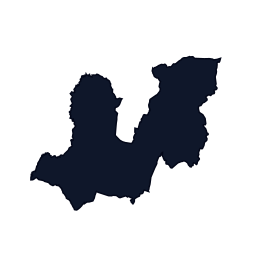 the district of Hon Quan, Bình Phước, Vietnam, rotated 17°
{"feature_id": "81297802B26799209243085", "entity_name": "Hon Quan", "entity_type": "district", "adm_level": 2, "iso_a3": "VNM", "parent_name": "Vietnam", "parent_adm1": "Bình Phước", "projection": "equal_earth", "projection_center": [106.554, 11.627], "detail": "fine", "context": "isolated", "style": "filled", "palette": "ink", "viewbox_px": 256, "rotation_deg": 17, "n_neighbors": 0, "source": "geoboundaries", "source_scale": "gbopen_adm2", "svg_char_len": 5806}
<svg xmlns="http://www.w3.org/2000/svg" viewBox="0 0 256 256"><g transform="rotate(17 128 128)"><path d="M82.5,85.7L81.4,87.1L79.7,87.3L79.3,87.7L78.2,87.9L78.7,89.6L77.3,89.7L76.0,88.9L75.5,88.0L75.3,88.2L75.3,89.5L75.1,89.6L74.5,89.2L72.9,89.4L72.1,88.6L72.2,90.0L71.7,91.5L71.3,91.4L70.7,90.5L70.4,90.9L70.2,92.3L69.9,92.2L69.5,91.5L68.9,91.5L68.7,92.6L69.1,94.9L68.3,95.0L68.2,95.2L68.3,95.7L68.9,96.5L69.0,97.0L68.1,98.5L68.0,98.9L68.8,100.9L68.6,101.2L67.5,101.2L67.9,102.2L67.7,102.7L66.8,102.2L65.9,102.5L66.1,104.2L65.1,106.8L65.5,107.4L66.3,107.7L66.0,108.6L66.6,109.3L66.3,109.9L65.9,110.1L63.6,110.0L63.2,111.4L62.8,111.9L63.4,112.5L65.4,113.7L65.7,114.5L65.7,115.1L65.0,117.1L66.4,119.1L67.7,120.4L67.5,121.8L66.5,123.8L68.3,124.2L68.4,125.0L68.0,126.5L68.5,127.9L67.3,129.6L67.6,130.3L68.5,130.3L68.6,132.1L69.4,132.4L69.6,132.8L70.0,134.5L69.7,135.4L71.2,135.5L72.4,136.1L73.1,135.6L73.2,135.9L72.6,136.9L72.7,137.4L73.1,137.6L74.0,137.3L75.2,137.9L75.3,139.8L77.4,141.4L76.2,145.0L75.7,145.2L75.7,146.4L77.1,149.2L77.5,152.8L78.6,153.5L78.6,154.5L79.1,155.6L78.5,156.3L77.8,155.8L77.2,155.8L77.0,156.6L78.0,157.6L79.1,160.5L79.7,161.0L79.9,161.8L77.7,164.2L77.4,166.8L74.9,171.2L74.4,172.9L74.0,173.3L72.2,173.4L71.6,173.7L71.3,174.2L71.5,175.6L70.4,175.4L69.3,177.0L68.8,176.5L68.0,177.3L67.3,177.1L66.6,176.1L66.2,176.0L65.5,176.4L63.5,178.5L63.2,178.5L62.8,178.4L62.4,177.0L60.8,177.0L60.3,175.7L59.5,175.7L58.8,175.2L58.4,175.3L57.9,175.6L57.3,177.0L56.9,176.8L56.8,176.1L56.4,176.2L56.2,176.9L56.3,177.9L56.1,178.2L54.7,178.0L54.7,179.7L54.0,179.0L53.7,179.2L53.8,181.6L53.3,182.1L52.9,185.1L52.1,188.0L52.5,190.1L51.9,191.3L52.1,192.7L52.0,193.5L52.3,194.5L51.9,195.4L52.3,196.7L51.0,196.8L49.2,198.5L49.3,199.0L50.0,199.8L49.9,200.1L49.1,200.4L49.2,201.4L50.6,201.6L50.4,202.2L49.5,203.1L50.3,206.0L52.1,205.3L53.4,203.9L54.3,202.4L55.0,202.1L57.8,203.4L61.3,203.0L62.9,203.0L63.8,203.4L68.0,203.3L70.2,204.6L72.8,205.0L73.5,204.7L73.7,204.2L75.6,203.0L75.9,203.1L76.3,203.7L77.4,203.6L78.5,202.8L78.6,203.5L80.1,203.9L80.9,204.8L82.0,205.0L83.4,207.0L84.0,207.5L84.8,209.0L86.4,209.7L89.0,211.9L89.5,213.0L91.0,213.6L92.5,213.5L93.1,214.3L94.1,214.5L94.5,215.4L95.1,215.7L95.7,216.8L96.5,217.2L98.6,219.5L99.6,220.2L100.7,221.7L102.6,221.5L103.4,220.9L105.2,218.3L106.5,215.7L106.8,214.4L107.5,213.6L107.8,211.9L108.1,211.8L108.6,212.9L110.3,210.8L112.5,210.0L115.7,208.0L116.2,204.8L116.0,202.2L116.3,197.8L118.1,198.2L129.2,198.4L132.1,197.6L133.3,196.7L136.6,195.9L139.9,197.0L140.8,196.9L145.6,193.5L147.8,194.1L148.9,193.0L150.3,193.7L153.0,193.9L153.1,194.5L152.9,195.0L151.8,196.1L151.7,196.6L152.3,197.0L152.8,197.9L154.0,198.1L154.2,198.9L154.9,199.1L155.4,197.6L155.5,196.2L155.0,194.6L155.1,193.5L157.2,191.1L158.7,189.9L158.8,189.5L158.7,187.5L160.5,186.7L161.2,185.8L161.4,182.9L161.8,182.6L166.3,182.7L165.7,182.0L165.6,181.5L165.8,180.3L165.5,179.1L165.4,175.4L164.2,168.3L165.2,158.3L165.8,154.7L165.9,153.5L165.5,152.3L165.4,151.3L165.7,147.1L166.0,146.2L167.1,145.4L167.5,142.1L168.2,141.3L168.6,142.5L168.7,144.2L170.5,146.0L171.1,147.1L171.8,147.4L172.3,148.2L172.7,148.3L173.4,147.8L173.9,148.1L174.6,150.6L175.1,151.2L177.0,150.9L178.6,151.7L180.3,153.4L181.7,153.4L185.8,146.8L189.0,144.3L189.5,144.2L191.1,143.0L193.0,143.1L194.9,143.8L195.7,144.4L196.5,145.5L198.8,146.9L199.8,146.7L199.7,145.8L201.1,144.8L200.7,143.0L200.9,142.1L202.3,142.1L204.0,142.9L204.5,142.2L204.2,140.0L205.3,137.0L205.1,136.4L203.3,135.1L203.4,132.6L202.7,131.3L202.6,130.3L202.8,126.6L203.3,126.2L204.5,126.3L205.2,125.9L205.7,122.4L205.3,119.2L206.2,118.1L206.8,116.9L206.9,116.3L206.6,115.0L205.7,114.2L205.0,113.0L205.4,111.9L206.5,110.9L206.4,110.3L205.9,109.8L204.7,109.6L203.9,108.0L202.5,106.1L200.1,104.6L199.2,103.7L199.1,103.2L199.2,102.8L200.9,102.3L201.1,101.1L198.9,96.3L195.6,93.4L192.3,92.5L191.2,91.8L189.7,89.1L189.2,87.3L189.5,86.1L191.2,85.1L192.0,82.2L193.5,81.0L195.3,78.5L195.3,77.7L195.0,77.1L193.4,75.9L193.3,75.1L195.5,72.6L197.6,72.7L198.4,71.0L200.3,69.8L200.3,68.7L199.2,66.8L199.5,66.3L200.9,65.6L201.5,64.5L201.4,63.7L199.4,62.3L199.2,61.7L199.3,60.1L196.7,54.4L196.3,53.1L196.4,50.5L196.1,48.3L195.1,46.2L195.3,44.5L194.7,41.5L194.2,40.2L194.2,39.3L194.7,38.7L196.0,38.3L196.2,37.4L196.1,34.3L193.2,36.3L190.3,37.7L189.5,37.8L188.9,37.4L185.6,37.9L180.8,39.5L171.3,42.0L169.6,41.0L168.7,41.0L167.0,41.8L166.0,41.7L163.4,43.7L161.1,44.4L159.7,45.5L158.6,47.6L157.2,49.1L155.1,52.4L154.1,53.2L153.0,53.3L152.5,53.9L151.7,56.2L150.7,57.3L149.5,57.4L148.2,58.4L147.3,58.4L146.4,57.1L145.1,56.3L144.3,56.4L143.5,57.1L141.3,57.5L138.7,59.7L138.1,60.9L137.5,61.1L137.1,61.7L135.7,62.6L135.2,63.5L134.5,63.8L134.2,63.6L134.5,66.4L135.4,67.4L135.7,68.2L136.0,68.3L138.2,71.0L140.8,71.7L142.1,71.4L144.6,73.6L145.5,74.0L145.4,76.0L145.7,79.1L145.9,79.5L147.5,80.9L147.7,82.7L147.7,83.6L146.0,88.1L145.6,88.1L140.8,94.2L140.8,95.2L141.2,96.9L141.1,99.6L141.4,100.6L142.0,101.9L143.5,103.7L143.4,104.8L143.8,104.8L143.8,105.1L143.2,107.8L143.1,109.6L141.4,110.4L140.0,110.4L139.1,111.0L138.8,114.3L138.2,115.5L138.3,116.2L138.7,116.5L138.7,118.4L137.9,118.7L137.8,119.5L138.0,126.0L134.7,126.1L135.8,130.0L137.1,131.3L136.4,132.7L136.2,134.6L136.3,135.5L137.3,137.5L137.3,137.8L136.7,139.0L136.7,140.4L135.8,141.9L129.7,142.8L126.7,142.8L123.7,142.1L118.5,139.2L117.8,138.4L115.3,126.8L114.8,123.4L114.0,120.7L113.6,117.1L110.4,115.4L109.9,113.4L109.9,112.1L111.7,110.7L112.3,109.7L112.8,108.4L113.0,107.4L113.3,102.8L113.7,101.9L111.2,102.0L109.4,103.4L107.6,103.5L107.3,103.3L107.1,102.2L104.9,100.0L102.7,98.8L101.9,95.5L100.8,95.3L100.0,94.0L99.0,93.2L98.5,90.9L96.9,89.4L96.8,88.8L96.4,88.5L95.2,88.0L94.2,88.1L92.7,86.8L91.4,87.6L90.7,87.7L89.8,87.5L88.2,86.5L86.7,86.5L83.9,85.7L82.5,85.7Z" fill="#0f172a" stroke="#020617" stroke-width="1.5"/></g></svg>